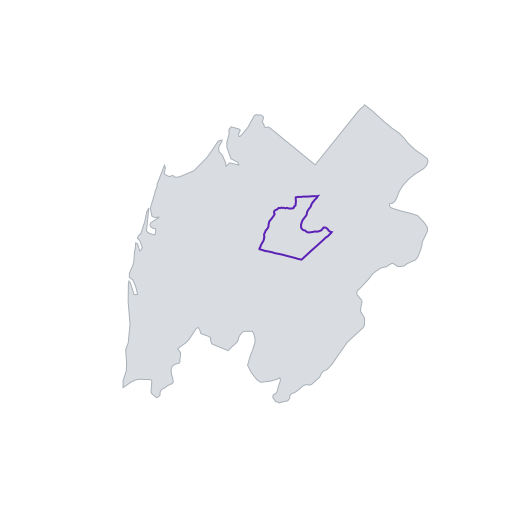 Lopè, Ogooué-Ivindo, Gabon (highlighted), rotated 39°
{"feature_id": "22940354B97125723234680", "entity_name": "Lopè", "entity_type": "district", "adm_level": 2, "iso_a3": "GAB", "parent_name": "Gabon", "parent_adm1": "Ogooué-Ivindo", "projection": "equal_earth", "projection_center": [11.763, -0.029], "detail": "fine", "context": "in_parent", "style": "outline", "palette": "violet", "viewbox_px": 512, "rotation_deg": 39, "n_neighbors": 0, "source": "geoboundaries", "source_scale": "gbopen_adm2", "svg_char_len": 6146}
<svg xmlns="http://www.w3.org/2000/svg" viewBox="0 0 512 512"><g transform="rotate(39 256 256)"><path d="M331.6,78.4L331.3,82.6L327.8,92.8L326.2,100.7L325.8,109.1L326.7,115.9L328.4,120.7L329.5,126.0L328.7,129.6L327.0,131.2L328.1,133.0L330.7,133.5L335.1,131.9L341.8,129.1L350.6,125.0L356.3,122.9L365.9,124.2L371.0,125.8L373.6,128.6L376.4,140.7L377.8,142.5L380.1,147.6L382.0,153.8L382.5,156.9L382.2,159.2L380.3,162.5L378.1,167.4L377.4,170.4L375.5,172.6L373.2,174.8L366.8,175.6L365.9,176.9L364.1,182.2L360.7,186.6L359.2,190.8L357.8,196.3L358.1,203.2L357.4,213.2L356.7,219.9L358.4,222.3L366.0,223.9L367.5,225.2L369.5,229.4L372.1,233.3L379.1,235.8L381.8,238.8L384.0,242.1L384.3,244.7L382.7,255.5L381.2,265.9L381.8,273.8L382.3,281.3L383.2,292.3L382.8,299.0L380.8,303.1L380.8,306.3L381.7,310.1L380.0,320.8L378.9,322.6L375.7,324.6L374.1,327.5L373.6,332.0L371.9,338.2L370.2,340.4L370.2,343.3L371.8,345.4L371.8,348.6L368.7,352.4L366.8,355.3L362.6,356.8L357.9,355.2L356.8,353.1L357.9,349.8L357.5,347.2L355.9,344.4L353.3,337.2L351.1,335.7L349.8,338.6L346.0,344.1L339.2,351.1L334.4,351.6L325.6,349.5L318.2,346.2L314.7,338.0L312.5,331.2L309.4,323.3L305.8,319.6L302.0,317.2L300.3,317.0L294.9,321.4L293.3,323.2L293.3,326.8L293.8,330.3L294.7,331.9L295.4,334.1L295.2,337.5L294.3,342.1L293.9,347.1L277.0,352.1L274.0,350.3L271.9,348.0L269.3,348.4L262.0,351.0L259.3,349.2L256.6,347.9L255.4,349.0L255.3,351.2L256.5,363.0L256.1,367.5L254.5,373.4L253.6,377.4L258.1,378.6L259.7,380.4L261.3,383.4L263.5,386.2L263.6,387.9L261.2,391.0L260.3,394.8L261.5,397.8L264.6,400.9L269.0,404.1L271.2,406.3L271.0,408.2L268.9,412.3L268.1,415.8L266.7,419.0L267.0,421.9L269.0,424.6L268.8,427.0L267.4,428.9L264.6,428.5L262.3,428.7L260.2,428.0L253.6,418.6L252.1,418.3L242.5,425.5L240.2,428.5L238.2,432.8L235.5,442.0L231.2,436.6L227.4,426.8L223.0,420.8L213.8,411.0L211.3,403.8L200.8,388.0L185.6,372.2L174.7,358.4L173.0,355.4L174.8,355.7L185.4,362.6L186.9,361.8L188.1,360.3L183.5,356.7L179.2,353.9L175.1,352.1L171.0,352.3L168.7,349.4L167.2,344.9L166.4,341.2L164.6,337.2L158.8,329.1L157.4,325.9L154.2,321.6L156.1,321.0L162.4,325.2L162.9,323.5L162.4,321.1L156.1,317.2L152.7,316.9L151.9,314.2L152.4,311.0L147.9,299.2L143.2,290.3L142.5,286.1L155.1,305.4L156.7,305.7L159.0,305.5L164.1,303.4L163.2,300.8L160.8,298.0L158.5,299.3L155.6,299.6L154.0,298.4L153.3,296.4L156.3,287.0L155.0,287.5L154.1,289.2L152.5,290.0L150.0,290.5L143.8,285.4L138.3,271.9L136.9,269.1L135.4,264.4L134.0,262.4L127.7,243.1L130.1,244.5L133.0,250.1L138.5,249.0L140.7,245.7L142.6,245.8L144.5,245.1L147.0,242.1L154.1,228.8L155.9,211.2L155.3,200.8L154.3,190.5L156.6,187.2L157.6,189.4L158.0,193.0L159.1,195.8L161.7,198.2L166.4,198.8L173.7,202.7L176.3,205.1L177.0,200.2L185.4,196.1L182.8,194.6L175.4,196.2L165.2,190.0L161.8,186.1L158.6,178.6L155.3,174.7L155.5,171.2L162.9,168.0L164.8,168.3L165.6,172.2L167.6,173.8L168.3,173.3L168.7,170.0L168.7,161.1L166.4,148.4L167.1,146.0L169.1,145.1L170.9,143.4L172.2,143.1L174.7,143.4L175.9,146.4L176.6,148.0L179.1,148.7L181.2,150.3L182.9,149.9L184.4,148.0L186.6,147.7L193.3,147.7L199.3,147.7L211.4,147.8L223.4,147.8L235.5,147.9L244.6,147.9L244.6,140.7L244.5,129.5L244.5,116.3L244.4,103.6L244.4,91.9L244.3,78.1L244.8,74.1L245.4,72.5L245.2,70.2L254.5,70.0L271.4,71.0L278.8,70.9L280.9,71.1L290.2,70.4L297.6,71.3L300.8,72.2L303.7,72.7L312.6,73.3L324.3,72.6L328.3,72.7L330.5,74.7L331.6,78.4Z" fill="#d9dde1" stroke="#a8b0b8" stroke-width="1"/><path d="M254.9,192.1L254.8,192.6L254.6,193.0L254.5,193.3L254.5,193.7L254.7,193.9L254.9,194.3L255.0,194.7L254.9,195.2L254.8,195.5L254.6,195.9L253.8,196.5L253.4,197.0L252.5,197.8L251.7,198.4L250.8,198.7L249.7,199.1L249.3,199.6L249.2,200.0L248.9,200.4L247.7,200.9L247.0,201.3L246.4,201.9L245.7,202.2L245.3,202.4L245.1,202.8L244.8,203.4L244.6,203.7L244.3,203.9L243.9,204.0L243.5,204.2L243.3,204.6L243.2,205.2L243.1,205.9L243.0,206.6L242.9,207.0L242.6,207.5L242.3,208.0L242.1,208.6L241.9,209.3L242.1,209.9L242.3,210.4L242.6,210.9L243.0,211.2L243.7,211.4L243.9,211.5L244.2,211.9L244.3,212.6L244.5,214.1L244.6,216.3L244.6,218.8L244.6,220.2L244.6,221.0L244.8,221.4L245.2,222.0L245.6,223.0L246.3,224.0L246.7,224.7L247.2,225.3L247.4,226.1L247.6,227.2L247.6,228.2L247.6,228.9L247.5,229.6L247.6,230.4L247.9,231.2L248.2,232.3L248.3,233.1L248.6,233.9L249.1,234.6L249.7,235.3L250.3,235.8L250.7,236.2L250.8,236.9L251.5,237.6L251.9,238.8L252.3,239.9L252.5,241.2L252.6,242.5L252.9,243.8L253.1,244.9L253.6,245.8L253.7,246.5L253.7,247.1L253.9,247.3L254.1,247.6L254.2,248.4L255.0,248.3L255.6,248.1L256.1,247.8L256.8,247.5L257.5,247.3L258.4,246.8L259.4,246.6L260.4,246.0L261.3,245.5L262.9,244.6L263.9,244.1L265.3,243.4L266.4,242.8L267.7,242.4L269.5,241.6L273.4,239.5L276.4,238.0L280.8,236.1L284.4,234.4L286.8,233.3L290.5,231.8L293.3,230.4L293.7,230.1L294.7,223.5L295.6,217.1L296.7,210.8L298.1,201.7L298.7,197.2L299.1,196.4L299.4,195.5L299.5,193.7L299.6,193.0L299.8,191.8L299.8,190.4L299.8,189.8L299.2,190.1L298.5,190.4L297.7,190.5L296.6,190.5L295.6,190.3L295.3,190.1L294.7,190.0L293.3,190.0L292.6,190.0L291.8,190.5L291.4,190.8L290.7,191.1L290.6,191.6L290.6,192.8L290.6,194.9L290.3,195.5L289.1,197.6L288.5,198.3L288.1,198.4L287.7,199.0L287.0,199.5L286.4,199.8L284.9,201.7L282.7,204.0L281.8,204.7L281.1,205.2L280.3,205.3L279.0,205.3L277.8,205.4L277.2,205.8L276.5,206.1L275.3,206.1L274.3,206.0L273.5,205.7L272.9,205.2L272.1,204.3L271.3,203.3L270.8,202.2L270.5,201.3L269.9,199.7L269.6,198.4L269.6,196.9L269.5,192.7L269.2,191.8L268.8,191.0L268.2,190.0L267.9,189.2L267.7,188.3L267.6,187.5L267.5,186.7L267.5,186.0L267.5,185.2L267.5,184.1L267.4,183.0L267.1,182.2L266.8,181.4L266.5,180.9L266.5,180.5L266.5,180.3L266.4,179.4L266.4,179.0L266.2,178.6L266.2,178.0L266.4,177.6L266.5,177.2L266.4,176.8L266.2,176.3L266.2,175.9L266.3,175.4L266.4,174.9L266.4,174.2L266.6,173.4L266.7,172.7L266.6,172.1L266.4,171.6L266.3,170.9L266.3,170.5L265.6,171.3L265.1,171.8L264.1,172.5L262.6,173.7L260.7,175.5L258.0,178.0L256.3,179.3L255.3,180.1L253.7,181.9L252.7,182.7L252.0,183.1L251.4,183.7L250.9,184.3L250.4,184.9L250.0,185.3L250.1,185.6L250.5,186.1L251.4,187.2L252.2,187.9L252.9,188.7L253.7,190.0L254.1,190.8L254.7,191.4L254.8,191.9L254.9,192.1Z" fill="none" stroke="#5b21b6" stroke-width="2"/></g></svg>